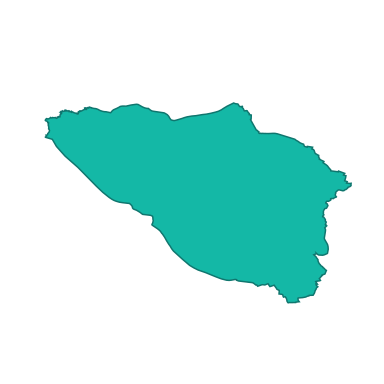 Bueng Samakkhi, Nakhon Sawan, Thailand, rotated 279°
{"feature_id": "78962969B88959964927567", "entity_name": "Bueng Samakkhi", "entity_type": "district", "adm_level": 2, "iso_a3": "THA", "parent_name": "Thailand", "parent_adm1": "Nakhon Sawan", "projection": "equal_earth", "projection_center": [99.97, 16.23], "detail": "fine", "context": "isolated", "style": "filled", "palette": "teal", "viewbox_px": 384, "rotation_deg": 279, "n_neighbors": 0, "source": "geoboundaries", "source_scale": "gbopen_adm2", "svg_char_len": 5988}
<svg xmlns="http://www.w3.org/2000/svg" viewBox="0 0 384 384"><g transform="rotate(279 192 192)"><path d="M263.2,245.9L272.7,238.4L272.9,238.4L273.2,239.0L277.3,238.5L277.4,236.4L278.3,236.4L280.4,234.0L280.9,233.7L280.9,232.9L280.4,231.6L280.4,230.9L282.1,229.8L282.8,229.1L283.2,228.4L284.2,228.5L284.5,228.3L284.4,227.9L283.9,227.2L284.0,226.3L283.9,225.7L285.1,224.3L285.4,224.3L286.0,223.7L286.1,223.3L286.0,221.2L286.4,219.2L282.2,213.2L279.5,210.0L277.8,208.2L275.9,205.5L274.6,202.8L272.7,198.3L271.1,193.9L270.1,190.2L268.0,184.0L267.0,180.0L265.5,175.5L264.3,172.9L263.0,170.5L260.4,165.0L259.8,163.4L259.7,162.3L259.9,160.1L261.3,158.6L263.1,157.2L264.5,155.5L265.4,153.3L265.8,152.0L265.8,150.8L265.7,141.2L265.8,139.7L266.3,138.3L267.7,135.8L267.5,134.5L267.7,132.0L268.3,129.7L270.0,125.1L270.0,123.6L269.5,121.8L268.3,118.0L266.5,113.5L266.0,110.0L265.6,108.6L265.2,107.6L264.5,106.9L262.9,104.7L260.9,101.6L259.8,100.6L257.6,99.3L257.8,94.4L257.6,92.8L257.7,90.8L258.1,88.4L258.8,86.5L259.2,84.8L259.3,83.5L259.2,82.3L259.3,79.6L259.5,79.6L259.8,77.3L259.3,77.3L259.2,76.8L258.8,76.6L258.6,76.3L259.0,75.7L258.3,74.7L258.5,73.9L258.2,72.8L257.8,72.9L257.9,73.7L257.7,74.0L257.5,74.8L257.2,74.9L257.0,74.7L256.9,74.5L257.1,74.0L256.7,72.8L254.4,69.6L254.3,69.4L254.7,69.0L254.5,68.4L253.6,68.3L253.5,68.1L253.7,67.5L253.6,67.3L253.2,67.5L252.7,67.3L251.7,67.4L251.6,67.2L252.1,66.9L252.0,66.6L251.4,66.9L251.2,66.9L251.4,65.5L251.8,65.0L251.6,64.3L251.8,63.1L252.1,62.6L252.0,62.1L252.3,61.7L252.1,61.1L252.5,61.0L252.9,60.2L252.7,60.1L252.2,60.6L251.9,60.5L252.2,59.8L252.2,59.1L252.5,58.7L252.2,58.0L252.4,57.9L252.9,58.0L253.0,57.8L252.6,57.5L252.8,57.2L252.7,56.5L252.4,55.8L252.9,55.4L253.0,54.8L252.7,54.6L252.5,54.4L253.0,53.8L252.6,53.6L252.2,54.0L252.0,53.9L251.8,52.6L251.5,52.2L251.5,51.8L251.8,51.3L251.3,51.1L251.2,50.6L251.2,50.1L250.5,49.6L250.6,50.1L250.4,50.4L250.0,50.5L249.6,50.2L249.5,50.9L248.9,50.7L248.7,50.2L248.2,50.1L247.7,49.7L245.6,49.8L245.5,49.4L245.7,48.7L245.5,48.4L245.0,48.3L245.0,47.5L244.6,47.6L244.5,47.2L243.9,47.1L243.6,46.8L243.8,45.8L244.2,45.4L244.1,45.0L243.8,44.5L243.7,43.3L243.8,42.7L243.3,42.2L243.2,41.8L243.2,41.2L243.5,40.9L243.5,40.6L242.5,39.9L241.7,38.6L241.6,38.1L241.8,37.2L241.7,36.7L240.2,35.9L239.8,35.9L239.5,36.2L239.1,38.1L238.8,38.4L237.9,38.6L238.0,39.4L237.8,39.6L237.3,39.4L236.6,39.6L235.7,39.4L234.7,40.1L234.1,40.1L233.2,40.5L231.9,40.5L231.7,40.7L231.6,41.1L230.3,41.7L229.5,41.5L229.1,41.6L227.1,40.4L226.1,40.4L225.7,40.0L225.3,38.9L224.4,39.6L223.3,38.6L223.1,38.7L222.2,45.8L215.8,51.0L207.6,61.0L198.5,75.4L182.8,96.6L177.7,104.0L173.7,111.0L172.4,113.8L171.5,116.3L171.0,118.6L170.6,121.8L170.6,125.3L170.9,132.1L169.3,134.4L168.0,135.5L167.2,135.6L166.7,136.0L166.1,136.7L165.9,137.3L165.3,140.1L164.6,141.8L163.8,143.8L162.5,146.1L162.2,146.8L162.5,154.7L162.0,156.5L161.8,156.8L161.1,157.2L158.6,157.8L157.7,158.2L155.0,158.0L153.9,157.5L153.3,157.6L153.0,157.9L150.4,163.5L149.2,165.6L148.3,166.9L146.5,168.6L145.9,169.4L143.0,172.1L139.8,174.6L136.9,177.1L135.0,179.0L132.9,180.7L130.8,182.9L124.1,193.1L119.2,201.1L117.3,205.8L115.9,210.3L114.5,218.1L112.1,228.3L110.8,234.5L110.3,239.9L110.5,242.5L111.1,244.7L112.4,248.3L112.4,249.7L112.2,249.9L111.8,249.9L111.4,251.9L111.9,265.8L111.6,267.0L110.1,269.7L110.4,270.4L109.2,271.6L111.3,275.5L111.5,276.2L111.6,278.5L113.3,281.4L110.8,283.7L110.9,284.1L112.8,287.7L110.3,290.2L109.2,291.1L108.4,293.6L104.9,293.9L105.0,296.8L104.9,297.2L104.4,297.9L103.2,298.3L102.5,298.8L103.1,300.3L103.1,300.5L102.2,301.4L101.0,302.2L98.7,303.1L97.7,304.1L97.6,304.3L98.2,305.9L98.1,306.2L99.1,311.8L99.5,311.9L100.4,315.1L101.7,313.8L103.3,313.3L103.7,313.3L104.1,314.0L105.0,317.8L106.1,320.8L107.2,322.4L107.6,323.7L108.2,323.8L109.0,327.8L111.5,328.8L113.9,329.1L115.5,329.8L116.4,329.8L116.9,330.1L118.1,331.1L119.2,329.4L120.5,328.8L120.6,330.2L122.9,328.2L123.6,329.8L124.2,331.8L124.7,332.7L126.3,331.4L126.4,331.6L127.4,331.9L129.8,333.6L129.9,333.1L130.0,333.1L130.4,333.6L131.8,336.1L135.6,337.0L136.1,335.8L137.1,334.7L137.8,333.5L137.9,333.1L138.6,332.7L139.3,331.0L140.4,329.9L141.1,328.9L143.1,327.5L144.2,327.1L144.9,327.0L146.3,325.5L147.5,324.5L149.1,322.1L150.5,324.6L150.9,324.4L150.1,325.6L149.6,327.0L150.0,331.0L150.7,332.6L152.3,335.1L152.7,335.4L153.1,335.4L156.8,335.5L159.4,334.9L161.1,334.2L162.1,333.5L166.1,330.3L167.1,329.9L174.6,329.9L175.9,329.7L177.4,328.7L179.6,330.3L179.9,329.3L180.7,329.4L180.9,328.8L183.3,329.3L184.1,328.2L184.7,328.2L185.7,328.0L187.9,325.9L188.0,324.9L188.6,324.9L189.5,325.3L190.0,325.8L190.2,325.5L190.7,325.4L191.4,325.0L192.2,325.1L192.8,324.8L194.5,325.0L196.4,325.8L196.8,327.0L197.1,327.4L199.5,328.3L200.2,328.3L200.6,327.7L201.4,327.4L202.0,325.9L202.3,325.8L202.7,325.8L204.1,326.8L204.1,328.0L204.3,328.5L205.7,330.2L206.1,330.4L206.8,330.0L207.1,330.0L207.5,331.1L207.6,332.7L208.6,333.5L209.6,335.3L209.8,335.4L210.7,334.4L211.4,334.0L211.8,333.9L213.1,334.2L213.8,333.9L215.1,334.6L216.7,336.0L217.0,336.5L217.1,337.3L216.8,340.7L217.1,341.8L218.2,342.8L218.4,343.5L219.1,344.2L220.5,345.3L220.9,345.2L221.1,345.4L222.0,347.1L223.0,348.0L223.3,348.1L224.0,347.9L225.5,347.8L225.1,346.4L225.0,343.3L226.5,343.7L227.0,341.0L228.4,341.3L230.0,341.5L232.2,341.5L232.4,339.0L233.3,339.3L234.3,339.9L235.6,333.4L235.2,333.3L234.8,333.3L234.6,325.7L235.5,325.6L237.4,323.3L239.0,321.7L239.9,320.2L241.4,316.9L242.8,317.5L244.3,312.6L245.2,312.7L246.1,311.6L247.1,311.6L247.6,311.3L248.0,311.4L248.5,309.7L248.9,309.1L249.1,308.1L250.0,307.2L251.9,306.3L253.0,305.3L253.1,303.8L253.5,303.7L255.1,304.1L255.1,298.8L254.3,298.7L254.6,296.3L254.8,295.8L256.7,294.7L256.8,293.7L257.4,291.2L258.7,288.6L259.3,286.9L260.2,285.3L262.8,267.4L262.9,265.0L262.6,262.8L261.7,258.5L261.1,254.2L260.9,252.1L260.6,251.3L260.8,250.7L260.4,249.8L260.6,249.0L260.9,248.6L261.1,248.5L261.6,248.7L262.0,248.6L262.5,247.3L263.1,246.7L263.2,245.9Z" fill="#14b8a6" stroke="#0f766e" stroke-width="1.5"/></g></svg>